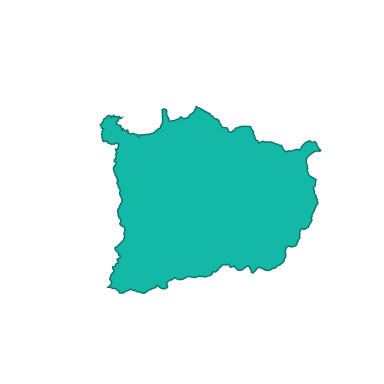 outline of Roncesvalles, Tolima, Colombia, rotated 229°
{"feature_id": "7082276B73571332128099", "entity_name": "Roncesvalles", "entity_type": "district", "adm_level": 2, "iso_a3": "COL", "parent_name": "Colombia", "parent_adm1": "Tolima", "projection": "natural_earth1", "projection_center": [-75.521, 4.104], "detail": "fine", "context": "isolated", "style": "filled", "palette": "teal", "viewbox_px": 384, "rotation_deg": 229, "n_neighbors": 0, "source": "geoboundaries", "source_scale": "gbopen_adm2", "svg_char_len": 6055}
<svg xmlns="http://www.w3.org/2000/svg" viewBox="0 0 384 384"><g transform="rotate(229 192 192)"><path d="M79.2,210.9L79.4,211.8L79.2,215.3L82.1,220.6L84.1,222.5L86.0,223.2L87.1,225.4L88.4,226.6L87.7,229.3L86.7,230.4L85.4,230.8L84.0,233.3L83.5,235.4L83.8,237.0L84.8,238.1L85.4,240.0L86.1,240.8L86.7,243.5L88.6,244.3L88.9,245.4L90.1,246.0L92.2,248.8L92.1,251.2L90.4,251.7L90.1,252.2L89.2,256.5L89.3,257.2L90.2,258.6L91.4,262.7L92.3,264.3L94.1,264.7L94.7,266.4L96.0,267.5L98.1,273.0L99.0,274.1L99.4,275.5L100.3,277.0L100.8,279.7L103.0,280.4L104.0,281.8L105.8,281.6L107.4,283.0L110.3,283.2L112.4,285.0L115.3,286.1L116.1,289.5L118.4,291.5L119.9,293.7L120.8,293.5L121.7,292.7L123.1,293.0L123.9,292.3L128.5,291.1L129.5,292.0L133.2,293.2L133.7,294.8L139.9,298.0L141.3,299.4L142.7,301.6L142.7,306.0L142.3,310.8L141.5,311.9L141.3,313.1L140.2,314.2L138.8,315.0L138.9,316.2L139.2,316.6L140.2,316.3L143.1,316.4L145.1,316.8L146.6,317.8L149.5,317.8L149.3,316.9L150.5,315.6L152.6,314.4L153.9,314.2L154.0,312.5L154.9,310.0L154.3,304.6L153.2,302.1L153.3,300.9L155.8,298.5L157.6,293.8L159.8,291.8L160.3,290.2L161.0,289.4L162.1,288.9L164.2,288.9L168.5,290.1L169.6,288.6L171.8,288.1L173.1,286.9L177.5,284.8L182.0,279.7L182.9,279.5L183.7,278.7L184.6,277.1L184.8,275.1L185.3,274.6L187.5,275.2L189.9,274.2L193.6,276.1L195.4,276.2L196.9,277.9L201.0,278.2L202.4,279.0L203.2,278.9L204.8,277.2L205.0,276.7L206.1,276.1L207.5,274.0L208.1,273.7L209.8,271.1L210.0,269.9L211.6,266.5L210.9,263.9L211.2,263.6L211.4,261.3L212.0,259.8L214.5,259.5L216.7,260.6L218.2,259.9L220.2,257.6L221.8,257.2L224.7,258.1L226.7,258.2L228.2,259.2L229.5,259.0L230.0,258.4L231.6,258.4L232.0,257.5L233.1,256.8L235.3,257.4L236.7,256.7L240.1,256.7L240.6,256.1L242.3,255.7L243.5,255.1L244.1,254.4L245.4,254.7L246.2,254.0L247.4,253.8L248.1,253.1L248.9,253.4L249.6,252.9L250.6,252.8L251.3,251.8L253.5,251.4L253.7,251.0L252.7,250.7L252.3,248.2L251.8,247.7L251.1,245.1L251.4,244.1L251.2,242.9L251.7,240.9L250.7,238.0L251.4,237.0L251.9,235.0L254.0,233.0L255.3,233.2L256.1,232.6L255.8,229.5L256.9,227.7L257.0,226.5L257.6,225.0L258.6,224.1L259.8,221.7L261.2,220.9L261.7,222.0L262.4,222.6L263.4,222.3L263.7,222.8L264.4,222.7L265.2,223.2L267.1,223.5L267.5,224.0L267.8,224.0L269.4,225.9L271.0,226.5L272.1,226.2L273.3,225.0L273.8,223.6L273.4,223.1L272.7,223.1L272.1,222.3L271.4,222.3L271.3,221.6L268.9,219.9L268.7,219.4L267.9,219.2L266.9,217.9L265.5,217.2L265.0,216.3L264.2,216.3L264.0,215.6L263.3,214.8L263.1,213.5L262.0,211.4L261.4,211.1L261.4,210.4L261.0,209.8L261.9,207.8L261.4,206.5L262.0,204.9L261.5,204.1L262.0,200.9L263.5,198.3L263.7,197.0L265.8,195.0L266.2,194.3L266.2,193.4L267.5,192.4L268.1,191.3L269.2,190.4L269.3,189.0L268.6,188.3L269.5,188.5L269.9,187.9L270.1,188.4L270.8,188.4L272.0,187.9L273.0,186.8L274.5,186.4L275.3,185.5L275.2,185.0L276.2,183.6L277.2,182.9L278.2,183.1L279.3,182.3L279.8,183.7L281.0,183.9L281.4,183.3L280.9,182.6L281.4,182.1L283.3,181.5L285.2,181.5L284.6,179.8L285.9,180.7L287.5,180.6L288.9,181.8L290.5,180.5L292.8,179.4L293.7,180.5L294.2,180.5L294.7,181.1L294.3,181.7L294.3,183.4L295.6,184.7L295.5,185.4L295.0,185.5L294.0,186.8L294.2,187.7L294.5,186.8L296.9,186.3L298.4,184.3L299.9,183.1L300.7,183.4L301.2,183.2L301.1,182.3L301.4,181.7L301.1,180.4L302.3,180.7L302.8,179.6L303.7,180.1L304.8,178.3L304.4,175.2L304.8,173.2L303.3,170.9L303.4,170.5L302.7,167.7L302.9,166.9L302.0,167.2L299.6,165.6L297.8,166.7L296.7,163.9L295.6,163.0L294.9,161.6L293.0,160.8L292.4,159.8L289.8,158.9L288.7,158.1L287.9,158.4L287.3,160.2L286.7,160.3L286.2,161.2L285.3,160.8L283.7,160.9L281.7,162.3L281.1,162.2L280.7,163.2L279.2,164.3L279.0,164.8L279.2,165.6L278.9,166.2L277.5,167.2L277.6,168.1L276.8,168.2L275.6,167.8L274.7,165.9L273.4,165.0L273.6,163.2L274.5,162.7L274.3,162.1L273.8,161.8L272.8,161.9L271.9,161.2L271.1,161.3L270.8,160.7L270.7,159.0L268.7,158.6L267.9,156.9L266.9,156.3L267.4,155.0L267.1,154.2L266.2,153.8L266.1,153.4L265.5,153.4L264.5,154.4L264.1,154.3L262.7,152.5L262.9,151.4L261.9,150.9L262.4,150.0L261.7,148.5L259.7,147.0L257.6,146.5L257.2,146.1L256.6,146.2L255.1,145.1L254.3,145.5L253.8,145.4L253.3,144.7L252.5,145.0L250.4,143.8L249.2,144.0L248.8,142.1L247.9,141.2L245.2,140.6L244.4,139.8L240.7,139.2L239.6,138.3L239.5,137.7L238.2,136.2L232.2,134.3L230.5,132.6L230.3,131.4L229.5,130.0L229.1,128.4L227.6,126.2L227.7,125.2L227.2,124.2L225.8,122.8L223.8,122.0L222.7,120.9L220.9,120.3L218.6,120.2L218.0,119.7L217.2,120.0L215.8,117.6L215.7,117.0L215.2,116.6L213.4,116.4L212.8,117.0L211.1,117.1L210.1,118.0L207.7,116.8L204.9,113.0L203.2,112.4L202.4,111.8L200.4,108.1L200.6,106.4L200.3,105.5L200.4,103.9L199.9,102.9L200.2,101.7L199.9,100.2L200.5,97.4L198.8,96.1L195.1,96.5L193.0,95.9L192.0,95.1L191.0,96.1L190.5,96.1L189.8,94.6L189.7,93.6L190.2,92.4L190.3,91.2L189.6,90.9L188.0,91.0L187.2,90.1L187.2,89.3L187.7,87.5L186.3,85.5L187.5,83.0L186.3,82.0L184.3,81.8L183.2,81.0L182.7,77.1L180.4,72.9L177.4,72.4L176.0,71.6L175.2,69.6L175.2,66.2L173.9,67.7L171.0,69.0L169.3,71.2L167.3,71.1L165.1,71.8L163.6,71.0L163.1,71.3L161.0,73.8L160.6,77.2L159.7,78.4L159.0,81.9L155.8,83.3L155.1,84.6L153.2,84.9L150.5,87.0L147.7,88.7L146.7,90.1L146.3,95.3L145.4,97.4L145.0,99.1L143.9,101.3L143.9,102.5L144.6,103.4L144.8,104.3L139.9,105.5L138.1,106.6L136.5,108.6L136.2,110.7L136.5,111.4L137.9,112.4L139.5,112.2L139.9,113.3L140.3,117.1L138.8,119.3L138.7,122.7L135.0,124.2L132.4,127.2L131.6,130.1L131.5,131.8L130.7,133.9L126.2,137.3L125.3,138.6L124.7,140.0L124.8,140.5L124.2,141.5L121.1,144.8L119.0,146.4L118.6,148.3L117.0,151.0L116.9,153.4L118.1,155.4L116.1,157.5L116.3,159.1L116.0,160.8L116.9,162.4L116.5,164.0L117.0,166.8L115.5,169.4L114.5,169.6L114.4,170.6L113.8,171.8L113.3,172.1L110.9,171.6L110.0,171.8L109.4,172.3L109.1,173.9L108.0,175.5L106.7,175.0L103.9,175.5L103.2,175.2L102.6,175.6L100.9,177.5L100.3,179.0L100.1,183.9L99.7,185.5L99.3,185.8L97.4,186.4L96.1,185.5L94.7,185.6L92.3,184.2L91.2,184.6L90.9,185.4L91.0,188.1L91.7,191.4L91.4,192.8L89.4,194.5L87.3,195.0L86.4,196.2L85.5,195.8L82.6,198.1L81.9,199.6L81.4,202.9L80.1,204.7L80.3,208.0L79.2,210.9Z" fill="#14b8a6" stroke="#0f766e" stroke-width="1.5"/></g></svg>